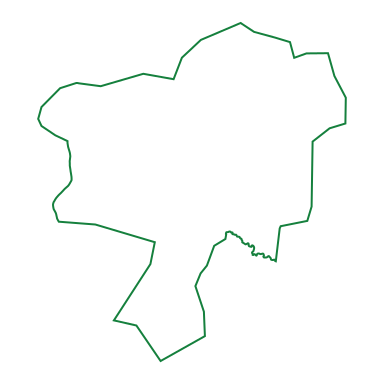 the district of Bayangol, Selenge, Mongolia
{"feature_id": "93677404B52017503801889", "entity_name": "Bayangol", "entity_type": "district", "adm_level": 2, "iso_a3": "MNG", "parent_name": "Mongolia", "parent_adm1": "Selenge", "projection": "orthographic", "projection_center": [106.206, 48.94], "detail": "fine", "context": "isolated", "style": "outline", "palette": "green", "viewbox_px": 384, "rotation_deg": 0, "n_neighbors": 0, "source": "geoboundaries", "source_scale": "gbopen_adm2", "svg_char_len": 3083}
<svg xmlns="http://www.w3.org/2000/svg" viewBox="0 0 384 384"><path d="M275.1,37.6L254.1,31.9L240.6,23.0L200.9,39.9L181.9,57.7L173.6,79.2L143.3,73.8L100.7,86.2L78.8,83.3L78.4,83.2L78.0,83.1L77.2,83.0L76.3,83.0L60.1,88.2L41.5,107.0L38.2,118.9L41.5,126.0L55.3,135.3L67.5,141.1L67.5,143.0L68.1,146.8L68.8,149.2L69.5,151.5L69.9,153.1L70.2,155.2L70.3,156.5L70.0,158.9L69.7,161.1L69.8,163.6L69.8,165.7L70.4,169.6L70.6,171.3L71.0,173.6L71.5,176.9L71.6,179.1L71.5,180.3L71.1,181.1L70.3,182.5L69.1,184.6L68.0,186.0L64.9,188.7L61.1,192.8L59.5,194.3L58.4,195.4L57.8,196.1L56.6,197.5L56.2,198.0L55.2,199.5L54.2,201.3L53.6,202.2L53.4,202.9L53.1,204.0L53.0,204.9L53.2,206.6L53.4,207.8L53.6,208.7L53.8,209.4L54.3,210.2L55.0,211.5L55.7,212.8L56.2,214.3L56.5,215.8L56.9,217.5L57.0,218.2L57.4,219.2L58.8,221.7L95.3,224.5L154.8,242.2L150.4,264.1L113.9,320.4L136.4,325.5L160.6,361.0L204.9,336.1L203.9,311.7L195.4,286.1L200.6,273.4L206.9,265.6L214.2,245.8L225.4,239.0L226.2,234.4L225.9,234.0L226.0,233.2L226.1,232.9L226.4,232.3L226.7,232.2L227.3,232.2L227.9,232.1L228.6,231.9L228.9,231.8L229.2,231.5L229.6,231.5L230.2,231.6L230.6,231.8L230.9,232.3L231.3,232.6L231.6,232.5L232.0,232.5L232.4,232.5L232.5,232.7L232.6,233.0L232.4,233.5L232.4,233.9L232.5,234.1L232.8,234.2L233.2,234.3L233.8,234.3L234.2,234.4L234.6,234.6L234.9,234.8L235.4,234.8L235.9,234.7L236.1,234.9L236.4,235.1L236.6,235.6L236.8,236.0L237.0,236.3L237.2,236.6L237.6,236.6L238.4,236.7L239.0,236.8L239.4,236.9L239.7,237.2L239.9,237.7L240.2,238.2L240.6,238.5L241.0,238.6L241.3,238.7L241.5,239.0L241.6,239.4L241.6,239.8L241.7,240.0L241.9,240.2L242.1,240.4L242.3,240.8L242.4,241.3L242.3,241.6L242.2,242.0L242.3,242.3L242.7,242.6L243.1,242.8L244.1,243.4L244.5,243.7L245.0,244.0L245.4,244.3L245.6,244.3L246.1,244.2L246.7,243.9L247.3,243.6L247.7,243.3L248.1,243.3L248.4,243.5L248.6,243.9L248.7,244.3L248.6,245.1L248.7,245.5L248.9,246.0L249.3,246.3L249.9,246.5L250.6,246.7L251.2,246.8L251.5,246.8L251.6,246.7L251.6,246.2L251.7,245.8L251.9,245.5L252.2,245.4L252.6,245.4L252.9,245.6L253.3,245.9L253.7,246.4L254.1,247.3L254.1,248.7L253.4,251.1L252.2,252.2L252.1,252.4L252.0,252.9L252.3,253.3L252.7,253.7L252.7,254.4L252.6,254.8L252.9,255.0L253.2,255.0L253.7,254.6L254.2,254.3L254.6,254.2L255.2,254.6L255.7,255.2L256.1,255.5L256.4,255.6L256.7,255.4L256.8,254.6L257.0,254.3L257.4,253.8L258.1,253.5L259.0,253.5L259.6,253.8L260.2,254.0L260.9,254.1L261.9,253.8L262.8,253.6L263.1,253.7L263.5,254.1L263.8,254.9L263.9,255.4L263.9,255.7L263.5,256.2L263.4,256.7L263.6,257.0L263.9,257.4L264.5,257.5L265.5,257.5L266.7,257.4L267.6,256.8L268.1,256.3L268.4,256.2L268.7,256.1L269.0,256.2L269.3,256.7L269.8,257.1L270.3,257.6L270.6,258.0L270.8,258.6L270.9,259.0L271.0,259.5L271.4,259.8L272.3,260.0L273.0,260.0L273.6,259.9L273.9,259.7L274.1,259.7L274.4,259.7L274.8,259.8L275.1,260.3L275.2,260.6L275.2,260.8L275.2,261.0L275.4,261.1L275.5,261.2L275.8,261.3L279.7,228.4L280.7,226.2L307.3,220.9L311.6,206.6L312.6,141.6L329.6,128.3L345.4,123.5L345.8,97.7L334.4,76.0L328.0,53.2L306.5,53.4L294.2,57.8L290.0,42.1L275.1,37.6Z" fill="none" stroke="#15803d" stroke-width="2"/></svg>